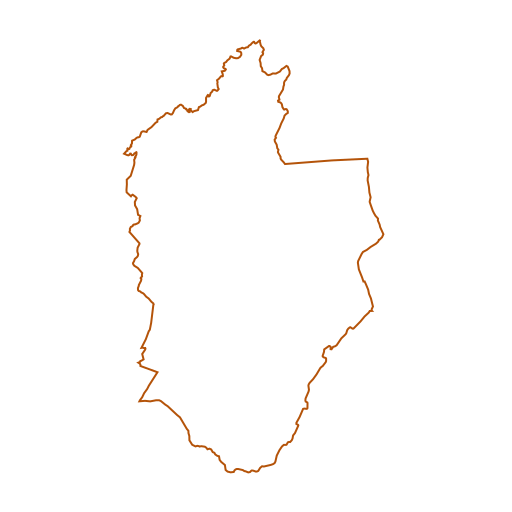 the district of Blantyre, Blantyre, Malawi, rotated 175°
{"feature_id": "42251766B636776762176", "entity_name": "Blantyre", "entity_type": "district", "adm_level": 2, "iso_a3": "MWI", "parent_name": "Malawi", "parent_adm1": "Blantyre", "projection": "orthographic", "projection_center": [34.952, -15.681], "detail": "fine", "context": "isolated", "style": "outline", "palette": "amber", "viewbox_px": 512, "rotation_deg": 175, "n_neighbors": 0, "source": "geoboundaries", "source_scale": "gbopen_adm2", "svg_char_len": 6092}
<svg xmlns="http://www.w3.org/2000/svg" viewBox="0 0 512 512"><g transform="rotate(175 256 256)"><path d="M287.8,43.9L286.3,42.7L285.3,42.5L282.6,41.1L280.8,41.3L279.4,42.5L278.9,42.7L277.7,42.5L274.8,41.2L273.6,41.3L272.5,41.7L270.3,44.6L268.3,46.0L266.5,45.6L259.5,46.6L257.1,47.2L255.5,48.1L254.6,49.5L252.7,55.4L249.5,60.6L246.7,64.0L244.8,65.4L242.5,65.2L242.0,65.4L240.5,67.6L239.3,67.9L238.2,67.7L236.4,69.4L235.5,71.0L234.7,74.0L232.6,76.2L228.8,83.1L228.6,83.7L228.9,84.2L230.4,85.1L230.3,86.3L226.6,91.8L222.4,99.6L221.2,99.8L218.9,99.3L218.3,99.5L218.0,100.0L217.5,105.0L217.6,105.6L219.2,106.7L219.4,107.9L219.0,109.8L215.5,116.3L214.9,118.1L215.1,122.3L214.7,123.5L213.6,125.0L209.9,128.3L206.0,132.8L201.7,138.8L200.2,140.0L199.3,140.4L195.8,144.2L195.3,145.3L195.1,147.7L195.4,148.3L197.5,149.2L198.3,150.1L198.3,150.7L196.6,154.6L196.2,157.0L191.1,160.0L190.5,159.9L189.6,159.1L189.8,156.7L188.9,156.5L187.0,158.8L185.3,159.1L183.5,160.0L178.2,166.5L173.5,170.3L172.8,171.2L171.6,174.2L170.4,175.6L168.8,176.7L168.2,176.8L166.3,175.3L165.7,175.1L165.1,175.3L157.6,181.7L153.1,186.3L148.6,189.8L147.5,191.3L145.2,191.2L145.5,191.6L145.4,192.9L143.9,195.5L145.2,203.7L146.7,208.4L147.2,212.7L148.9,218.1L150.0,221.2L151.2,221.2L152.2,225.4L154.7,233.7L155.1,240.4L154.7,242.0L150.6,248.8L149.1,250.7L145.1,252.4L140.9,255.1L135.4,257.8L133.0,259.7L132.2,261.4L131.6,261.4L128.8,263.7L127.2,266.6L129.8,274.0L130.1,276.5L131.5,280.7L131.2,282.6L133.5,285.7L134.8,288.5L135.8,291.1L138.0,299.7L138.0,300.4L136.7,304.5L137.5,309.3L137.5,315.0L138.2,321.5L137.9,324.0L136.9,326.8L137.3,329.8L137.3,334.4L136.1,340.0L136.6,343.2L171.9,344.6L219.1,345.1L220.2,346.9L222.5,349.8L223.0,350.9L222.9,352.7L225.0,357.1L225.1,357.7L224.4,359.9L225.4,361.5L225.7,365.1L227.2,368.4L227.3,370.3L225.8,372.0L226.3,373.0L225.9,374.2L221.4,381.5L219.3,385.9L216.4,390.6L215.3,393.4L213.5,394.9L211.9,395.7L211.7,396.9L211.9,398.0L212.8,399.6L214.0,399.8L215.2,399.4L215.6,399.8L216.7,402.0L217.0,404.8L217.5,405.9L218.3,406.8L220.4,407.7L220.5,408.9L219.0,409.7L219.4,412.1L219.2,413.2L214.6,419.5L213.9,422.4L213.1,424.1L213.0,425.9L212.6,427.0L211.9,428.0L210.5,429.1L209.8,430.7L207.4,433.3L206.6,434.9L206.5,437.3L207.9,441.9L209.1,442.7L212.2,440.7L214.0,440.0L216.1,437.7L220.3,436.0L223.4,436.4L225.8,435.4L227.9,435.1L229.1,435.7L230.9,438.0L232.6,439.1L232.3,439.2L232.9,439.2L233.5,440.0L233.6,442.5L234.7,444.7L234.6,447.8L235.3,451.0L233.5,454.7L231.6,456.0L231.2,457.5L231.8,458.2L231.7,458.7L230.2,460.7L230.6,462.3L232.4,464.4L233.0,466.0L233.5,469.8L232.9,470.9L236.7,468.2L237.8,467.7L238.6,468.1L239.2,469.5L239.8,469.6L242.0,468.0L242.7,467.1L244.8,466.1L245.9,464.7L247.6,464.6L249.8,463.7L251.3,464.6L251.8,464.6L252.9,464.0L256.3,463.4L256.7,463.0L256.9,461.9L253.9,460.9L253.5,460.6L253.0,459.5L253.1,457.7L254.6,455.8L256.7,454.7L258.5,454.7L260.9,455.4L263.4,457.0L264.0,457.0L265.1,454.9L267.6,453.3L268.8,451.9L270.9,451.0L271.3,450.4L271.0,448.7L272.2,447.3L272.2,446.7L271.6,445.8L270.0,445.0L269.8,444.4L271.0,443.2L274.0,442.9L273.3,440.0L273.3,438.2L273.7,437.9L274.9,438.2L275.4,437.9L277.5,435.8L279.5,434.5L279.1,432.5L279.5,431.3L279.3,427.2L278.6,425.6L279.8,424.3L280.5,423.9L283.1,425.3L284.3,425.1L284.8,424.8L285.2,423.7L287.0,422.3L288.1,419.5L288.6,419.1L289.2,419.1L289.4,420.3L289.9,420.6L290.3,420.2L292.0,417.8L292.3,414.0L292.7,412.9L295.0,411.2L296.7,410.8L298.7,409.6L299.9,409.3L301.1,406.4L305.1,405.7L306.6,404.9L308.3,406.9L308.5,407.5L308.2,408.0L309.1,408.4L309.6,408.2L310.5,407.1L310.5,406.5L309.6,405.8L309.6,405.2L310.2,405.1L311.6,406.2L311.9,407.4L312.8,408.1L312.7,408.7L314.8,409.7L315.8,411.9L317.6,413.3L318.8,413.1L319.4,412.5L320.5,412.0L321.2,411.1L323.5,410.1L324.9,408.3L326.3,405.7L327.5,404.4L328.6,404.4L331.7,406.2L333.3,406.0L335.9,403.5L336.5,403.4L337.4,402.6L338.5,402.5L340.5,401.1L342.2,400.6L342.6,398.3L344.4,397.5L348.9,393.5L353.0,391.1L354.2,389.1L357.0,390.0L358.2,390.0L359.0,389.5L359.5,389.2L361.4,385.0L362.5,384.5L363.7,384.5L364.8,384.0L366.6,382.6L369.4,381.7L369.8,378.8L371.0,377.4L371.1,376.8L370.6,376.4L370.8,375.9L371.8,375.4L372.6,374.5L372.7,373.9L373.1,373.6L373.7,373.6L374.6,374.3L374.9,373.9L374.9,372.1L376.0,371.7L378.5,369.4L375.4,367.7L374.2,367.4L373.6,367.7L372.4,369.0L371.8,368.9L371.1,367.3L370.5,367.2L369.3,367.4L368.2,368.8L367.7,368.9L366.8,369.6L366.1,369.8L366.0,369.5L366.3,367.4L367.2,365.8L367.9,365.1L368.0,364.9L367.6,364.5L369.0,362.5L369.0,359.5L369.5,357.3L373.8,346.8L378.1,343.3L378.4,338.6L379.3,332.9L379.3,330.7L375.4,326.4L374.9,327.1L373.5,327.8L370.8,325.4L369.8,324.0L372.0,320.4L372.1,316.9L370.3,313.0L369.9,307.3L367.7,305.9L368.7,303.8L368.6,301.5L369.9,299.5L370.9,298.9L374.0,297.9L374.6,298.1L375.6,297.7L376.4,296.5L378.2,295.8L379.3,294.0L379.3,292.5L380.0,291.0L371.0,278.8L371.0,278.2L373.2,274.6L373.8,271.6L373.8,270.4L373.2,268.1L373.7,266.4L374.5,265.4L377.0,263.6L377.9,261.5L379.2,259.6L379.0,258.4L378.1,256.9L374.8,254.4L370.8,248.9L371.3,247.3L371.3,245.5L372.7,244.4L372.8,243.8L372.3,243.5L372.2,243.0L372.7,241.3L375.3,237.2L375.3,236.6L376.4,234.4L376.5,232.4L375.9,231.4L374.3,230.7L373.5,229.7L372.0,228.9L371.0,228.0L368.9,225.0L366.6,223.0L364.2,219.5L362.4,217.7L362.2,216.6L362.5,216.4L366.3,198.4L368.2,191.8L369.4,190.4L373.0,182.7L378.1,174.5L377.1,174.6L375.4,174.0L374.4,174.0L374.2,173.2L374.8,172.1L377.9,168.3L377.0,162.8L379.7,161.5L380.3,161.5L380.9,160.5L382.5,160.0L381.1,158.9L380.6,157.7L380.7,156.5L364.3,148.8L374.0,136.2L376.0,133.0L379.4,129.1L381.7,125.2L384.2,122.4L384.8,121.4L379.2,121.4L374.1,120.4L368.1,121.0L365.0,120.7L363.3,119.7L359.3,115.8L357.1,114.1L348.5,104.5L345.8,101.9L340.0,89.8L338.6,87.8L338.7,85.4L338.1,82.5L338.4,78.2L336.0,73.5L332.9,71.6L331.0,72.0L329.3,71.5L328.9,71.1L327.1,71.3L323.6,70.5L322.2,69.3L321.2,67.7L319.1,68.1L317.5,67.2L316.2,64.4L314.6,63.6L313.9,61.9L312.0,60.3L310.3,59.7L310.0,56.1L308.7,54.0L305.2,50.5L304.9,45.5L303.1,43.7L300.1,42.7L297.0,42.8L296.1,44.3L295.0,45.1L293.8,45.5L292.4,45.4L287.8,43.9Z" fill="none" stroke="#b45309" stroke-width="2"/></g></svg>